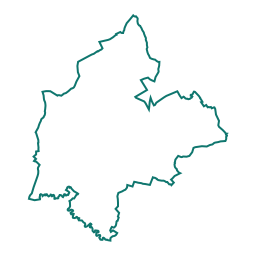 Sambata, Bihor, Romania
{"feature_id": "2599482B53181341706292", "entity_name": "Sambata", "entity_type": "district", "adm_level": 2, "iso_a3": "ROU", "parent_name": "Romania", "parent_adm1": "Bihor", "projection": "mercator", "projection_center": [22.198, 46.801], "detail": "fine", "context": "isolated", "style": "outline", "palette": "teal", "viewbox_px": 256, "rotation_deg": 0, "n_neighbors": 0, "source": "geoboundaries", "source_scale": "gbopen_adm2", "svg_char_len": 5746}
<svg xmlns="http://www.w3.org/2000/svg" viewBox="0 0 256 256"><path d="M172.4,178.5L174.6,176.0L180.2,173.2L178.8,172.5L177.0,170.4L176.8,169.1L176.1,168.6L175.1,167.3L174.8,166.5L174.5,164.4L175.0,163.2L174.7,163.0L174.7,162.5L175.0,161.7L175.4,159.6L178.2,155.9L181.2,157.1L182.2,157.0L183.1,156.5L186.6,156.7L189.4,155.9L192.2,152.2L193.5,147.9L195.2,147.2L201.9,146.2L206.8,146.5L209.9,145.0L212.5,144.4L214.1,143.0L215.1,142.6L218.1,142.1L220.5,141.4L225.4,141.0L226.1,139.4L226.3,137.8L226.1,137.2L226.3,136.1L226.8,136.0L227.0,135.4L226.8,135.1L225.9,134.4L225.9,134.1L226.5,133.6L225.7,133.5L225.0,132.4L222.8,130.1L219.0,126.8L218.3,125.2L219.0,120.9L216.0,114.6L215.2,108.9L214.4,107.4L213.4,107.5L212.8,107.9L211.7,108.3L210.9,107.0L209.3,107.3L208.7,107.0L207.7,107.3L206.2,105.0L203.9,106.3L201.1,102.2L202.4,101.8L201.0,99.4L200.1,98.2L200.2,97.9L198.8,95.9L195.0,91.9L194.0,91.6L193.8,91.8L192.6,94.2L192.2,94.6L191.7,94.8L191.1,94.7L190.7,95.0L190.7,95.7L192.3,96.6L191.7,97.6L190.6,98.2L189.8,98.9L188.2,99.2L187.2,98.7L186.7,98.8L185.5,98.5L184.2,97.1L183.6,96.7L181.5,98.1L179.8,95.7L178.5,93.4L178.0,92.4L177.3,91.3L166.4,95.9L164.1,97.3L156.3,102.7L155.0,104.9L153.9,105.4L151.9,101.4L150.6,97.8L149.7,101.9L149.1,108.1L148.9,109.5L145.6,103.3L144.3,101.5L139.1,99.2L135.9,97.7L135.3,96.9L147.0,90.0L146.5,89.1L140.9,80.1L144.1,78.7L148.0,77.6L150.0,79.4L152.2,80.5L154.4,81.4L154.7,80.4L155.5,77.2L158.4,72.2L158.6,71.5L158.3,69.0L158.8,67.3L159.2,65.5L159.4,61.9L158.5,62.0L156.9,61.2L155.0,59.6L154.1,59.5L151.7,58.8L150.1,58.0L149.7,57.2L148.8,55.1L148.3,54.5L147.5,52.4L146.7,49.0L147.4,47.4L146.9,45.1L146.9,42.7L146.1,40.6L145.8,39.8L145.9,38.3L145.6,37.2L145.2,36.8L144.7,35.4L144.0,33.6L143.8,32.5L142.3,30.2L141.5,28.2L140.7,27.0L140.2,25.9L139.2,25.5L138.1,24.1L137.8,23.4L137.4,21.1L137.7,18.8L137.4,18.0L135.9,16.3L135.3,16.6L134.0,16.2L133.2,15.4L129.9,19.5L126.7,23.2L125.1,26.7L124.5,28.3L124.2,30.2L123.5,31.3L123.1,33.0L121.9,33.0L121.1,32.7L120.3,32.0L116.1,34.0L116.5,34.8L115.5,35.2L113.1,37.2L110.0,39.2L108.1,39.9L99.4,41.9L102.5,48.3L101.4,49.5L100.0,50.1L97.9,51.5L97.6,51.2L97.0,51.5L93.8,53.8L91.8,54.5L89.9,55.5L78.1,61.8L77.4,66.0L77.8,70.9L77.9,72.2L79.4,76.1L76.4,81.6L74.9,85.5L74.0,87.2L73.4,87.8L71.9,88.5L71.4,88.5L71.0,88.8L68.4,91.2L66.8,92.4L66.0,93.0L63.6,93.8L62.8,94.6L61.3,95.7L59.3,95.2L57.9,95.2L57.4,95.6L50.3,91.2L46.2,91.1L42.5,91.8L43.6,95.4L43.9,98.7L44.2,100.2L45.1,102.3L45.4,104.3L45.5,105.9L45.4,106.8L45.2,109.0L44.8,111.5L45.1,112.1L45.1,113.1L44.8,114.8L44.4,115.7L43.8,116.4L43.6,117.3L41.6,118.9L41.2,119.5L40.9,120.8L39.7,123.2L39.0,125.0L38.2,127.7L35.6,132.3L36.1,133.0L38.3,140.0L38.4,142.7L38.0,143.0L38.5,147.5L38.4,149.2L38.6,151.1L36.1,151.5L36.1,154.5L34.9,155.4L33.6,156.6L36.0,158.9L34.5,160.3L34.0,161.0L35.2,161.5L36.2,161.6L39.6,164.9L38.1,167.5L37.9,168.3L38.0,169.7L38.3,170.7L38.3,171.6L38.2,173.6L37.6,175.9L33.6,187.3L31.8,193.4L30.0,195.4L29.2,197.3L29.2,198.2L29.0,198.8L34.6,200.2L40.0,199.3L40.1,198.4L39.6,197.5L39.7,196.9L40.0,196.0L40.0,194.8L40.7,194.2L41.4,194.4L41.9,194.7L42.5,195.5L42.6,196.0L44.3,194.6L45.1,195.4L45.7,195.3L45.7,194.9L46.1,194.2L47.0,194.4L47.6,195.5L48.6,196.4L49.1,196.2L50.3,195.3L50.6,194.6L51.1,194.7L51.3,195.0L51.5,195.9L51.9,196.3L52.3,196.1L52.9,195.0L53.5,194.9L54.0,195.3L54.3,196.1L54.3,196.8L54.6,197.6L54.4,198.7L54.9,198.9L55.9,198.3L57.9,198.4L58.3,198.0L58.2,197.7L58.4,196.8L59.5,195.8L59.5,195.3L59.7,195.0L60.2,195.0L61.5,195.4L62.6,196.9L63.0,197.1L63.9,195.6L63.9,194.9L64.2,194.3L64.8,194.2L65.0,194.3L65.5,194.7L65.7,195.4L66.2,195.5L67.0,195.2L67.6,194.5L68.0,194.5L68.3,194.7L69.3,192.4L68.4,191.5L66.0,190.0L67.2,188.4L67.2,187.5L68.1,186.8L69.0,186.6L69.4,186.8L69.6,186.9L69.7,187.6L70.6,187.2L71.0,187.5L71.3,188.4L73.9,191.2L77.5,193.3L78.1,193.8L77.7,194.4L76.5,194.7L74.1,198.5L72.7,198.4L71.2,200.0L69.4,201.1L69.9,202.2L70.1,206.2L69.4,207.8L68.0,208.9L67.7,209.5L67.7,210.0L68.2,210.6L68.7,210.7L69.4,210.7L70.0,210.1L71.5,209.7L72.7,210.1L73.0,210.5L73.1,210.8L72.4,211.5L70.9,212.6L70.6,212.9L70.8,213.6L71.2,214.3L71.9,214.4L73.2,213.7L73.7,213.9L73.0,216.0L72.8,217.2L72.9,217.7L73.3,217.9L74.9,218.1L76.6,216.9L77.1,217.1L77.2,217.7L77.6,218.4L78.9,218.0L79.2,218.2L78.7,219.0L78.7,219.9L78.8,220.3L82.0,220.5L83.4,222.3L84.9,223.2L85.3,224.3L84.7,226.0L85.1,226.8L85.4,226.9L86.3,226.7L87.5,226.0L90.3,223.5L91.2,224.0L91.4,224.4L90.7,225.2L89.8,226.7L89.9,227.2L90.3,227.4L91.0,226.6L91.7,227.2L92.2,228.0L92.6,229.0L92.5,230.0L92.6,230.9L93.9,232.3L94.7,232.0L95.0,230.8L95.2,230.5L95.6,230.8L96.4,230.5L98.1,230.8L98.5,231.2L98.6,231.9L98.4,232.3L96.9,232.6L96.5,233.1L96.2,234.0L96.2,235.2L96.5,235.7L96.9,235.9L98.6,235.1L99.9,235.0L100.2,235.5L100.2,236.3L99.3,237.5L99.3,237.8L100.0,238.7L100.2,239.4L101.0,239.8L102.5,239.8L102.7,239.4L102.6,238.9L102.9,237.9L103.3,237.7L103.7,237.8L104.5,238.4L105.0,239.1L105.1,239.4L106.2,239.9L106.9,239.6L108.0,240.2L110.4,240.6L110.4,238.6L110.7,237.8L112.3,236.5L112.8,236.2L113.9,236.1L115.3,235.5L116.1,234.8L117.2,233.0L113.0,230.4L110.9,231.9L110.2,230.4L111.3,227.8L111.9,226.9L113.7,227.6L114.3,227.4L115.7,225.8L116.0,225.0L116.4,222.7L116.5,221.6L116.9,221.0L117.6,220.8L118.7,217.5L117.9,216.6L119.1,212.9L115.6,208.9L118.0,206.3L118.0,202.6L117.8,199.0L117.4,196.4L117.6,195.4L118.4,192.9L122.1,191.4L124.0,190.3L125.4,189.7L127.0,187.6L127.3,185.0L132.5,186.5L134.2,181.8L136.7,182.3L138.1,182.7L141.5,183.2L142.9,183.8L145.1,184.0L149.9,184.9L152.9,177.3L154.0,177.8L154.3,177.7L154.9,177.8L156.8,178.8L156.8,179.2L158.3,180.1L161.8,180.7L163.8,180.7L165.4,181.5L166.2,182.1L167.3,182.0L169.2,184.3L170.8,184.3L171.4,185.2L173.8,182.6L171.1,179.6L172.4,178.5Z" fill="none" stroke="#0f766e" stroke-width="2"/></svg>